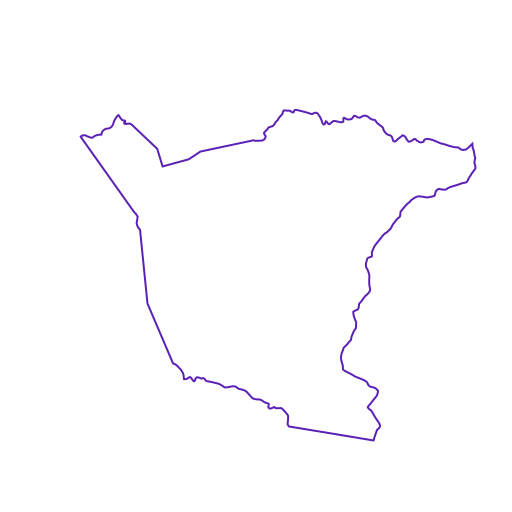 outline of San Juan de Opoa, Copán, Honduras, rotated 12°
{"feature_id": "27666195B15597094221722", "entity_name": "San Juan de Opoa", "entity_type": "district", "adm_level": 2, "iso_a3": "HND", "parent_name": "Honduras", "parent_adm1": "Copán", "projection": "mercator", "projection_center": [-88.695, 14.809], "detail": "fine", "context": "isolated", "style": "outline", "palette": "violet", "viewbox_px": 512, "rotation_deg": 12, "n_neighbors": 0, "source": "geoboundaries", "source_scale": "gbopen_adm2", "svg_char_len": 6100}
<svg xmlns="http://www.w3.org/2000/svg" viewBox="0 0 512 512"><g transform="rotate(12 256 256)"><path d="M409.3,412.0L409.6,408.3L410.5,401.1L410.8,400.5L411.8,399.4L412.4,398.2L412.7,397.0L412.5,395.9L411.9,394.9L411.0,393.7L406.7,389.6L401.4,383.8L400.9,383.3L398.4,382.1L396.9,381.0L396.8,380.7L396.8,380.3L397.3,379.1L398.9,376.3L399.9,374.1L402.8,368.4L403.2,367.5L403.4,366.6L403.5,365.1L403.5,363.4L403.3,362.4L402.5,361.9L401.2,360.9L400.0,360.4L399.0,360.2L395.3,360.0L394.2,359.9L392.3,358.4L391.3,356.9L390.8,356.4L389.9,355.9L388.7,355.4L386.2,354.7L378.1,353.3L373.8,351.8L366.4,349.8L365.3,349.3L364.9,349.0L364.6,348.6L364.2,347.1L363.7,345.2L361.2,340.5L360.3,338.2L360.1,336.6L360.0,333.6L360.5,330.7L360.8,328.0L361.1,327.1L363.4,323.7L365.4,319.8L366.3,318.6L366.3,317.2L366.2,315.1L366.3,314.4L367.4,308.9L368.4,306.6L368.7,305.7L368.0,301.2L367.8,300.2L367.4,299.5L365.1,296.0L364.0,294.1L363.1,291.8L362.8,290.5L362.8,290.2L363.3,289.6L366.8,287.0L367.1,285.2L367.0,283.1L366.8,281.8L366.9,281.2L367.4,280.2L368.2,279.0L371.1,272.6L372.9,270.2L373.9,268.4L374.5,267.0L374.7,265.7L374.7,265.2L374.4,264.4L373.0,261.1L372.6,259.9L371.6,255.5L371.2,252.6L370.7,251.0L369.9,249.3L368.6,247.1L367.5,245.6L366.3,244.5L365.5,242.6L365.2,241.4L365.1,240.4L365.3,236.4L365.5,235.3L366.0,234.5L367.4,233.6L368.9,232.9L369.3,232.4L369.4,231.8L368.7,228.9L368.6,227.9L369.6,222.7L370.2,221.0L371.9,217.4L376.0,209.2L377.5,207.1L379.1,205.6L382.1,201.1L383.2,197.0L383.9,195.3L386.6,190.0L387.9,188.6L388.6,187.3L388.6,186.6L388.2,182.6L392.1,175.1L393.5,173.1L395.2,171.1L395.9,169.6L396.5,168.7L399.2,165.9L400.8,164.7L402.0,164.1L402.8,163.8L406.3,163.4L411.3,163.2L416.8,160.8L417.7,160.2L418.2,159.6L418.4,155.9L418.5,155.3L419.3,153.7L420.4,152.6L421.0,152.3L424.6,152.3L426.4,151.9L428.0,151.5L428.4,151.2L429.0,150.3L430.0,149.4L431.8,148.1L439.9,143.6L441.8,142.3L443.0,141.7L445.5,140.7L446.4,140.1L446.9,139.5L447.4,138.1L448.0,135.6L450.0,130.2L450.7,128.5L451.5,127.0L452.1,125.6L452.3,124.9L452.3,124.2L451.9,122.7L450.2,119.3L450.0,116.6L450.1,114.9L449.9,114.2L449.0,112.4L446.8,107.1L445.6,105.6L444.3,101.2L441.2,105.9L439.5,107.9L438.7,108.5L437.7,108.7L436.4,109.3L435.8,109.3L434.8,109.1L433.9,109.1L431.9,108.0L431.4,107.8L427.3,108.3L422.2,108.1L417.6,107.6L413.0,107.4L405.5,105.9L401.6,105.6L398.8,106.0L397.2,106.7L396.7,107.1L396.4,107.5L396.3,107.9L396.3,108.8L396.0,109.4L395.2,110.0L394.4,110.4L392.9,110.7L392.1,110.7L390.8,110.1L389.2,109.6L387.8,108.6L386.9,108.5L386.3,108.8L384.7,110.5L383.2,111.8L382.4,112.2L381.9,112.4L381.1,112.2L380.0,111.3L378.6,110.0L377.8,108.9L377.2,108.3L375.8,107.7L374.3,107.5L374.0,107.7L373.4,108.7L370.5,112.1L368.9,114.4L368.2,115.0L367.4,115.3L366.8,115.2L366.2,114.7L364.7,112.1L364.1,111.2L363.4,110.6L362.1,110.1L360.5,110.1L359.7,109.9L358.6,109.5L357.6,109.0L356.0,107.7L355.1,106.8L354.4,106.0L353.9,104.7L353.1,103.8L351.9,103.2L347.1,100.9L346.1,100.1L345.1,99.1L344.2,98.4L343.2,98.2L341.5,98.4L340.7,98.3L339.2,97.8L336.6,96.5L335.1,96.1L333.3,96.1L332.0,96.5L331.3,97.0L329.1,98.9L328.3,99.2L327.4,99.3L326.7,99.2L324.1,98.4L323.3,98.4L322.8,98.5L322.5,98.9L321.2,101.9L320.3,102.5L319.0,103.0L317.8,103.3L316.8,103.4L316.0,103.2L314.4,102.7L313.5,102.5L313.2,102.6L313.0,102.8L312.9,103.1L313.4,106.0L313.3,106.5L313.0,106.9L312.4,107.2L310.9,107.6L306.0,107.5L304.0,107.7L303.0,108.5L300.9,111.4L300.1,111.9L299.8,111.9L299.3,111.7L298.5,111.1L297.3,110.0L296.4,109.7L296.3,110.0L295.8,112.6L295.5,113.0L295.0,113.3L294.2,113.0L293.3,112.1L293.0,111.6L292.4,110.4L289.8,106.7L288.4,105.5L287.0,104.0L285.9,103.5L284.8,103.4L283.8,103.7L282.5,104.5L281.9,105.3L281.1,105.6L279.5,105.5L277.8,105.2L272.2,104.9L266.4,104.7L264.2,104.9L263.8,105.0L263.5,105.4L263.2,106.0L263.0,107.2L262.7,107.6L262.3,107.9L260.5,107.6L259.5,107.1L258.6,106.8L258.0,106.9L256.9,107.3L253.2,107.7L252.9,108.0L252.4,109.1L252.3,109.7L252.5,110.7L252.4,111.3L251.8,112.6L250.7,114.2L249.4,117.1L248.8,118.8L247.0,121.6L246.6,123.4L246.1,124.4L245.4,125.4L241.6,127.6L240.9,129.4L238.4,133.4L238.3,134.0L238.4,134.5L239.3,135.6L240.4,136.6L240.6,137.7L240.5,138.6L240.2,139.6L239.5,140.6L238.8,141.3L237.8,141.8L236.5,142.3L234.1,142.8L231.6,143.4L230.8,143.5L229.6,143.3L179.9,165.4L170.1,175.4L146.0,187.8L137.1,171.7L107.2,153.4L105.7,152.9L104.6,152.8L103.2,153.1L101.4,154.0L100.5,154.0L99.7,153.8L99.4,153.5L99.3,153.1L99.5,152.7L99.9,152.4L100.2,152.0L100.2,151.6L99.9,151.1L99.5,150.9L99.0,150.8L97.6,151.0L96.7,150.8L94.7,149.2L92.6,147.1L92.2,146.8L91.9,147.0L91.1,148.2L89.7,151.6L89.2,153.3L88.8,157.0L88.3,158.6L87.9,159.5L87.2,160.5L86.2,161.3L85.3,161.9L82.9,162.7L81.9,163.4L81.0,164.3L80.3,165.3L79.7,166.7L79.5,168.0L79.5,169.5L77.2,170.0L75.3,170.8L73.2,172.2L71.7,174.0L71.0,174.4L70.2,174.5L68.9,174.5L67.3,174.1L66.3,174.1L64.5,173.5L63.4,173.5L62.3,173.8L61.2,174.2L60.3,175.0L59.8,175.6L59.7,175.8L126.7,237.5L130.7,240.6L132.1,242.2L132.4,248.7L133.4,250.7L134.7,252.6L137.1,254.4L159.7,325.0L197.2,378.3L199.6,378.8L201.4,379.6L206.4,383.0L208.8,385.6L209.8,387.4L211.2,391.4L213.0,391.0L214.4,390.2L216.1,388.3L217.3,388.3L220.5,391.1L221.3,391.4L221.9,391.1L222.2,390.1L222.2,388.8L223.0,387.3L223.2,387.1L224.0,386.8L225.0,386.8L226.7,387.0L228.1,387.3L228.5,387.2L229.0,386.6L229.7,386.5L230.5,386.6L231.1,386.8L231.9,387.4L232.5,388.2L233.1,388.5L234.6,388.6L238.7,388.5L245.9,388.7L248.0,389.2L252.6,391.0L253.6,390.9L255.1,390.4L260.0,388.4L261.2,388.1L262.5,387.9L263.2,388.0L266.9,389.6L268.7,389.5L271.7,389.7L273.1,390.0L274.2,390.3L275.5,391.1L282.2,395.9L283.6,396.1L286.0,396.1L287.3,396.0L289.0,395.6L290.3,395.7L291.7,396.0L293.4,396.8L294.6,397.2L296.7,397.6L298.3,397.7L298.9,397.8L299.2,398.1L299.4,398.6L299.4,400.6L299.5,401.4L300.0,401.9L300.7,402.2L301.7,402.3L302.2,402.1L303.5,401.3L304.6,400.3L305.1,400.0L305.6,400.0L306.4,400.6L307.0,400.7L307.9,400.6L311.7,399.7L312.6,399.6L313.2,399.8L317.9,403.1L319.6,404.5L320.4,405.4L320.7,406.0L320.9,406.7L321.6,411.3L321.8,413.7L322.0,414.1L322.6,414.9L323.7,415.9L409.3,412.0Z" fill="none" stroke="#5b21b6" stroke-width="2"/></g></svg>